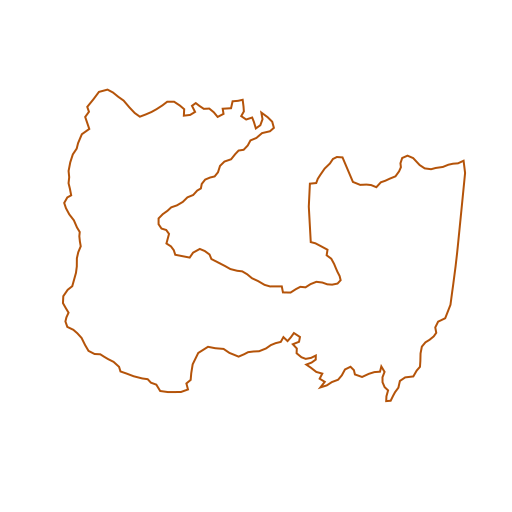 the district of São Lourenço do Oeste, Santa Catarina, Brazil, rotated 281°
{"feature_id": "56859067B44410485278405", "entity_name": "São Lourenço do Oeste", "entity_type": "district", "adm_level": 2, "iso_a3": "BRA", "parent_name": "Brazil", "parent_adm1": "Santa Catarina", "projection": "robinson", "projection_center": [-52.857, -26.469], "detail": "fine", "context": "isolated", "style": "outline", "palette": "amber", "viewbox_px": 512, "rotation_deg": 281, "n_neighbors": 0, "source": "geoboundaries", "source_scale": "gbopen_adm2", "svg_char_len": 3756}
<svg xmlns="http://www.w3.org/2000/svg" viewBox="0 0 512 512"><g transform="rotate(281 256 256)"><path d="M150.4,84.3L148.7,90.8L146.1,95.3L142.3,100.4L136.0,105.2L130.9,109.7L129.0,116.2L129.8,121.9L128.1,126.2L126.6,130.4L124.9,136.4L121.1,142.7L116.8,145.0L115.9,151.4L114.6,158.9L114.1,167.7L114.4,173.2L111.6,177.0L110.7,182.7L105.2,187.7L105.6,195.2L106.7,201.0L108.2,208.3L112.0,214.7L117.6,212.0L121.9,215.5L128.6,214.8L137.6,214.5L149.8,217.8L157.7,226.2L157.7,233.6L158.6,241.9L155.8,248.4L154.9,253.1L153.9,258.1L157.3,263.1L160.1,266.6L161.8,271.8L163.1,277.2L167.1,283.4L171.4,287.6L174.2,291.9L176.4,296.7L181.6,298.4L178.5,303.2L182.8,305.7L187.6,307.9L184.9,314.6L180.0,314.6L176.4,309.0L173.0,313.7L168.3,314.4L165.3,319.9L164.5,324.4L166.5,329.5L169.7,333.7L165.7,334.4L162.0,330.9L159.0,326.1L156.8,331.2L153.7,337.3L153.2,343.5L147.7,341.9L145.6,347.5L139.3,344.3L142.5,350.2L146.7,354.5L150.2,360.2L155.2,363.0L161.6,365.0L165.3,369.9L162.6,373.9L158.6,375.7L157.5,383.2L161.9,389.3L164.6,394.3L166.1,399.8L171.5,400.1L166.8,404.3L161.1,403.3L156.2,404.3L151.8,407.3L149.3,411.3L143.2,410.8L138.4,411.5L139.6,415.8L145.1,417.3L148.9,418.5L153.9,420.9L160.8,421.1L165.3,425.6L167.8,433.4L174.2,435.6L178.5,438.1L184.1,437.4L191.8,436.1L198.7,436.1L203.6,438.8L206.8,442.3L211.0,445.8L215.0,447.6L220.1,445.6L226.3,447.3L231.0,453.6L245.2,456.2L258.7,455.4L264.4,455.1L283.7,453.9L296.6,452.9L304.5,452.2L332.6,449.6L354.0,447.6L377.4,445.4L389.1,441.6L385.5,436.6L384.2,431.8L382.3,427.4L379.1,422.5L376.7,415.6L374.6,411.3L374.2,404.9L376.5,399.3L382.1,391.6L383.4,385.6L380.1,380.8L374.6,380.1L370.8,381.3L366.4,380.3L360.8,377.7L357.4,372.5L354.5,368.5L352.2,364.5L346.5,361.0L347.6,355.5L347.2,350.9L345.7,344.7L347.2,337.0L369.3,322.1L368.6,316.5L365.9,313.0L360.9,310.9L354.9,306.7L347.8,303.6L343.5,301.9L339.1,301.2L337.3,295.1L314.6,298.4L280.1,307.1L279.8,311.9L278.0,317.9L275.8,325.0L270.2,325.2L267.7,330.4L263.1,334.2L259.6,336.5L256.1,338.9L252.3,341.9L248.4,343.7L244.5,341.3L242.4,336.2L241.8,331.4L242.6,326.2L242.2,320.2L238.8,314.9L234.7,310.6L234.2,305.4L231.1,301.5L226.7,296.9L225.4,289.4L231.1,287.1L230.0,281.4L228.8,275.6L229.3,269.9L231.8,262.8L233.4,256.3L236.4,250.8L238.3,245.4L237.9,240.3L238.3,233.3L240.3,227.3L244.5,212.8L248.6,210.1L251.1,204.8L252.2,199.5L247.3,193.6L241.8,191.2L241.8,176.5L246.0,174.2L249.2,170.7L251.2,165.7L261.1,166.4L264.4,162.9L264.9,158.0L268.6,154.3L274.3,153.2L279.3,156.5L283.5,160.5L287.6,163.5L290.6,168.7L295.1,173.8L300.5,177.5L303.9,182.7L309.0,185.8L311.8,189.0L316.4,189.0L321.3,191.5L324.3,196.0L326.2,200.2L330.9,202.7L337.6,203.5L342.7,207.0L346.2,213.1L352.3,216.3L356.2,218.8L357.9,223.6L362.9,226.8L368.4,228.5L371.9,233.8L377.8,238.5L381.1,245.9L385.2,249.1L390.9,246.3L394.5,240.9L397.8,233.9L391.5,236.3L385.2,235.3L381.2,231.5L387.3,228.3L391.2,225.8L388.1,220.3L390.5,214.8L395.6,216.5L400.4,215.2L406.8,213.1L404.9,208.8L403.4,203.5L396.3,203.3L394.2,195.2L389.3,197.0L385.2,191.8L389.0,187.2L391.8,182.0L390.5,176.7L392.5,171.9L394.6,167.7L391.2,164.5L385.8,168.7L381.9,164.4L380.0,158.4L386.4,157.5L389.2,152.5L391.8,146.2L390.5,139.4L386.0,135.4L381.1,130.3L377.4,125.9L373.8,120.6L370.6,115.4L373.2,109.7L377.7,103.4L383.3,96.4L386.0,90.4L389.2,84.4L391.0,78.5L387.1,70.5L378.8,66.5L370.2,61.9L365.7,64.5L359.9,61.8L348.9,68.1L342.3,61.8L332.8,59.8L327.2,59.5L320.8,56.8L312.5,55.8L303.7,55.8L297.7,57.6L291.7,58.1L286.5,60.5L280.3,63.0L277.5,59.6L271.5,57.6L266.7,60.3L261.2,64.8L256.3,70.4L249.9,74.8L245.9,78.4L241.7,78.8L236.8,80.3L232.1,82.1L225.8,80.8L219.6,80.6L211.5,82.1L205.1,82.5L191.3,81.4L186.9,77.6L179.8,74.5L172.9,75.5L168.8,79.0L164.6,82.8L159.6,81.6L155.4,81.4L150.4,84.3Z" fill="none" stroke="#b45309" stroke-width="2"/></g></svg>